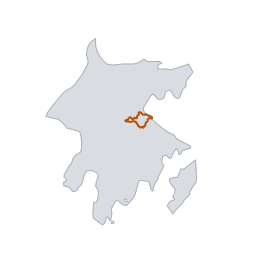 location of Beylagan District, Beyləqan, Azerbaijan, rotated 254°
{"feature_id": "54616110B20470092766685", "entity_name": "Beylagan District", "entity_type": "district", "adm_level": 2, "iso_a3": "AZE", "parent_name": "Azerbaijan", "parent_adm1": "Beyləqan", "projection": "equal_earth", "projection_center": [47.705, 39.846], "detail": "fine", "context": "in_parent", "style": "outline", "palette": "amber", "viewbox_px": 256, "rotation_deg": 254, "n_neighbors": 0, "source": "geoboundaries", "source_scale": "gbopen_adm2", "svg_char_len": 4764}
<svg xmlns="http://www.w3.org/2000/svg" viewBox="0 0 256 256"><g transform="rotate(254 128 128)"><path d="M172.7,204.0L171.7,203.9L164.7,205.7L163.2,205.1L157.2,197.2L156.0,196.3L153.4,196.0L151.9,194.7L150.6,192.6L149.9,191.0L143.7,186.7L142.8,185.2L142.7,183.8L143.6,182.6L144.6,181.5L147.6,180.5L151.2,179.6L152.3,178.9L152.9,177.8L152.8,175.9L152.3,174.2L147.2,170.9L146.6,169.5L146.5,167.8L146.7,166.0L147.5,164.6L151.6,162.7L153.9,160.7L152.5,158.5L148.0,153.5L142.7,148.0L139.2,147.9L135.2,149.6L128.7,154.3L125.1,156.3L120.4,159.6L115.3,163.3L111.1,167.3L108.4,170.5L103.8,171.9L101.4,174.7L93.6,182.9L91.4,182.8L91.3,178.7L91.4,175.5L90.9,173.6L88.4,171.1L88.4,170.0L89.1,169.3L91.0,169.7L93.5,169.6L94.7,168.6L92.0,165.2L89.7,163.0L87.7,161.5L87.3,160.6L87.3,159.9L87.7,159.2L91.1,157.3L91.5,155.6L91.2,153.7L85.8,150.9L81.8,152.0L78.1,148.8L75.8,146.4L72.9,143.8L70.3,142.4L67.9,139.2L63.6,135.8L60.8,134.9L60.8,134.4L61.3,133.7L62.5,133.2L70.2,133.4L71.2,132.8L71.7,131.3L72.7,129.2L74.0,126.1L73.9,123.5L66.2,119.2L60.6,115.3L56.8,110.2L54.2,105.5L54.3,104.0L55.1,102.5L61.1,98.2L61.6,97.0L61.4,96.3L59.3,94.1L56.7,91.8L55.8,90.2L54.1,89.3L50.9,89.2L45.3,86.5L44.1,86.2L43.9,85.6L44.2,85.1L48.2,83.9L48.1,83.0L46.9,81.8L44.7,80.9L42.6,78.7L41.9,76.7L49.3,70.9L51.4,69.7L56.2,70.8L66.0,74.6L65.3,76.8L66.3,78.0L68.5,79.6L72.8,81.3L76.5,82.1L78.4,81.4L81.2,80.8L84.9,82.7L88.3,85.1L89.9,86.1L90.9,86.4L93.4,85.6L96.5,82.5L97.8,78.7L98.1,76.9L96.3,74.4L92.7,71.6L88.5,69.3L85.9,67.1L84.2,63.0L82.5,62.5L82.0,62.0L81.8,60.6L81.8,58.6L82.4,57.1L84.1,56.4L85.8,56.2L87.4,54.7L89.3,51.9L90.1,50.3L93.7,51.2L94.2,53.8L94.9,54.3L96.4,54.0L98.8,52.9L100.8,53.8L103.4,56.8L106.9,60.0L108.8,62.2L109.5,63.6L111.3,65.1L114.0,66.8L116.1,69.4L117.9,75.6L119.8,77.1L126.6,79.4L129.0,79.9L135.7,80.7L138.1,80.1L141.5,74.8L144.6,69.3L147.5,68.2L152.8,65.5L155.9,63.0L157.2,60.3L160.1,55.2L161.9,52.4L165.0,54.9L170.4,61.8L178.1,73.0L180.0,76.2L181.2,79.9L182.3,84.4L184.1,88.4L191.9,98.4L195.3,102.1L200.8,106.9L202.8,107.9L205.4,108.2L210.1,108.2L214.4,110.1L216.6,111.4L218.8,113.3L220.8,115.5L222.9,121.4L215.3,119.5L207.8,119.8L203.5,121.1L199.3,122.8L195.4,125.2L192.9,130.0L190.9,141.0L187.9,151.4L188.0,156.1L189.4,160.7L189.3,162.9L187.9,163.9L186.1,165.8L183.8,175.3L182.7,177.2L181.2,178.4L180.7,177.3L180.8,174.8L177.4,172.6L175.7,175.1L174.5,180.3L172.1,185.8L172.0,186.9L172.7,204.0ZM60.1,106.5L60.5,105.0L59.6,104.4L58.6,104.3L57.7,105.1L57.7,106.9L58.9,107.2L60.1,106.5ZM34.7,149.5L33.6,147.9L33.1,147.1L36.5,146.4L42.1,144.3L43.6,145.3L45.2,147.4L46.0,149.2L46.1,152.5L46.8,153.0L49.5,151.9L50.7,153.3L52.8,154.9L56.4,156.4L61.6,154.0L64.3,153.3L66.4,153.4L67.5,154.2L67.9,156.7L67.5,159.9L66.9,161.6L68.0,162.9L72.2,166.0L74.0,167.7L73.1,170.6L76.3,177.8L77.3,180.6L78.5,184.1L72.0,182.7L60.2,179.8L56.9,178.3L53.9,174.3L52.1,172.4L49.4,169.9L47.2,168.9L45.5,167.2L44.6,164.6L43.2,162.3L40.8,159.6L35.4,150.4L34.7,149.5ZM42.5,88.3L41.8,88.8L40.7,88.3L40.4,87.2L40.5,86.0L41.6,85.7L42.5,86.1L42.7,87.1L42.5,88.3Z" fill="#d9dde1" stroke="#a8b0b8" stroke-width="1"/><path d="M135.4,127.4L135.3,127.5L135.0,128.0L134.6,128.6L134.4,129.1L134.2,129.7L134.0,130.2L133.8,130.7L133.5,131.2L133.3,131.7L133.1,132.1L133.1,132.5L133.1,134.1L132.8,134.9L132.8,135.7L132.4,136.2L132.3,136.6L132.0,137.0L131.6,137.3L131.3,137.5L130.8,137.6L130.4,137.5L130.0,137.6L129.6,137.7L129.2,138.0L128.9,138.3L128.5,138.4L127.8,138.4L127.2,138.3L126.9,138.6L126.5,138.9L126.2,139.1L125.8,139.4L125.6,139.5L125.3,139.7L125.0,140.1L124.9,140.4L125.0,140.7L125.1,141.0L125.4,141.4L125.3,141.7L125.1,141.9L124.6,142.2L124.3,142.6L124.2,142.8L124.5,143.0L124.8,143.2L125.1,143.4L125.3,143.7L125.2,144.2L125.1,144.3L125.5,145.0L126.1,145.6L127.2,145.8L127.8,146.2L128.3,146.9L128.7,147.8L128.8,148.3L129.5,148.8L130.2,149.1L130.9,149.6L131.4,150.2L131.5,151.3L131.0,152.1L130.8,152.9L130.9,153.9L131.2,154.0L131.5,154.1L132.3,153.5L133.6,152.3L134.0,151.6L134.5,151.0L134.9,150.4L135.6,149.7L135.9,149.5L136.3,149.2L136.3,148.8L136.2,148.0L136.2,147.4L136.4,146.8L136.6,146.3L137.1,145.9L137.5,145.5L138.1,145.2L138.5,145.0L139.2,144.7L139.5,144.4L139.7,144.0L139.9,143.6L140.1,143.2L139.8,142.8L139.5,142.3L138.6,142.2L138.2,142.2L137.8,141.8L137.6,141.4L137.4,140.9L137.2,140.3L136.7,139.8L136.3,139.8L135.8,139.8L135.3,139.5L135.1,139.1L135.1,138.7L135.2,138.2L135.3,138.0L135.7,137.6L135.9,137.3L136.2,136.9L135.9,136.6L135.6,136.3L135.2,136.0L135.0,135.7L135.0,135.4L135.1,135.0L135.2,134.8L135.6,134.5L135.8,134.3L136.2,134.2L136.6,134.0L137.0,133.7L137.4,133.4L137.7,132.9L137.6,132.3L137.3,131.7L137.1,131.2L136.5,130.7L136.1,130.4L135.8,129.7L135.8,129.3L136.1,128.9L135.9,128.4L136.0,127.8L135.5,127.4L135.4,127.4Z" fill="none" stroke="#b45309" stroke-width="2"/></g></svg>